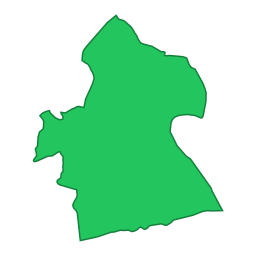 map outline of Kâmpóng Thum (Albers equal-area conic projection), rotated 90°
{"feature_id": "KHM-1788", "entity_name": "Kâmpóng Thum", "entity_type": "Province", "adm_level": 1, "iso_a3": "KHM", "parent_name": "Cambodia", "parent_adm1": "", "projection": "albers", "projection_center": [105.072, 12.831], "detail": "fine", "context": "isolated", "style": "filled", "palette": "green", "viewbox_px": 256, "rotation_deg": 90, "n_neighbors": 0, "source": "natural_earth", "source_scale": "10m", "svg_char_len": 2999}
<svg xmlns="http://www.w3.org/2000/svg" viewBox="0 0 256 256"><g transform="rotate(90 128 128)"><path d="M46.1,169.2L22.4,148.5L15.4,139.9L19.1,137.5L20.4,133.0L21.1,131.5L27.2,124.7L29.1,123.3L32.8,121.4L34.6,120.0L35.0,119.7L39.0,117.9L41.5,116.4L42.5,115.6L43.1,115.0L44.3,111.8L46.3,104.1L51.3,95.6L51.6,94.6L51.8,92.2L52.1,91.3L52.4,91.0L53.2,91.0L53.9,91.3L55.2,91.3L55.6,90.8L55.8,90.0L55.5,86.2L56.7,73.2L57.4,71.0L57.8,70.0L58.2,69.3L59.1,68.9L64.2,67.0L65.4,66.3L67.3,64.8L68.0,63.7L69.2,60.9L83.0,53.3L88.0,51.3L92.8,49.9L101.6,50.1L115.5,52.8L116.9,53.3L117.8,54.0L117.9,55.2L117.5,56.3L116.1,59.3L115.3,62.1L114.5,68.8L115.0,74.6L115.6,77.6L116.8,80.6L117.6,81.7L118.2,82.4L119.9,83.9L123.2,85.0L131.6,85.9L145.8,78.9L155.7,70.2L156.8,68.9L158.7,65.9L159.3,65.3L187.8,45.1L191.1,43.9L210.6,33.5L210.9,44.8L210.6,48.3L211.4,53.3L215.2,63.0L220.0,82.4L220.3,82.7L222.3,84.7L223.5,86.3L224.7,88.3L225.2,89.3L225.3,90.2L225.1,91.3L224.1,93.8L223.9,94.7L224.0,95.8L225.6,105.9L225.9,106.8L226.2,107.2L227.1,107.7L227.5,108.1L228.1,108.7L228.9,109.9L229.2,110.7L229.3,111.3L229.2,111.9L228.7,112.8L227.7,114.1L227.5,114.6L227.2,115.5L227.3,116.2L227.5,116.6L229.2,118.3L230.2,119.8L231.1,121.8L231.4,122.9L231.5,123.8L231.4,124.4L231.3,124.9L230.8,125.9L230.6,126.3L230.2,127.9L230.5,132.8L230.2,135.6L232.0,141.8L232.2,145.0L236.7,158.2L240.6,175.7L213.1,178.7L212.4,178.9L210.2,180.2L208.4,182.0L207.7,182.4L206.8,182.8L205.4,183.1L204.5,183.0L203.4,182.6L201.1,181.5L199.4,180.5L199.1,180.2L198.3,179.8L196.6,179.0L194.7,178.8L189.8,179.3L185.0,195.8L183.9,197.8L183.3,198.3L182.2,198.9L181.4,198.9L180.8,198.8L180.3,198.5L180.0,198.2L179.7,197.9L179.4,197.5L179.0,196.6L178.7,196.2L178.4,195.8L178.0,195.5L177.6,195.3L177.1,195.1L176.4,195.0L174.5,194.9L173.9,194.8L173.4,194.6L173.0,194.4L171.9,193.4L171.4,193.2L170.9,193.0L170.3,192.9L166.1,193.1L164.9,193.0L164.2,192.8L163.0,192.7L162.0,192.8L160.8,193.0L159.7,193.1L157.3,192.8L156.8,193.0L156.3,193.2L154.1,194.9L152.2,195.8L151.8,196.1L151.8,196.9L152.2,198.0L155.6,203.3L155.8,203.9L156.0,204.7L156.1,207.9L161.0,218.9L161.3,219.9L161.5,221.0L161.6,221.5L161.5,221.8L161.3,222.1L160.8,222.5L159.5,222.2L155.9,219.4L152.2,219.8L150.8,220.2L150.0,220.5L149.3,220.6L148.8,220.5L148.2,220.2L146.6,218.8L146.2,218.6L136.5,217.8L132.0,216.5L129.1,213.2L128.7,213.0L128.3,212.7L127.5,212.6L122.1,212.3L121.1,212.4L119.2,213.3L115.7,216.1L113.4,213.8L111.6,210.3L111.3,209.4L110.6,206.6L113.2,205.5L117.3,201.2L118.2,199.8L118.9,198.6L119.6,196.7L119.7,196.0L119.7,195.4L119.3,193.8L119.1,193.4L118.7,193.1L118.3,192.9L116.8,193.0L113.0,195.0L112.7,195.1L112.3,195.1L112.8,191.9L112.9,190.8L112.5,189.9L109.0,183.9L108.2,181.7L107.2,179.9L106.5,178.2L106.5,176.9L107.5,172.1L98.9,170.3L83.9,163.5L78.5,161.9L77.7,162.0L74.6,162.6L72.1,163.7L70.1,165.0L67.8,165.9L64.8,167.6L64.1,168.3L63.8,168.7L63.4,169.7L62.7,170.8L60.4,174.0L54.3,173.4L51.9,172.9L50.3,172.4L46.1,169.2Z" fill="#22c55e" stroke="#15803d" stroke-width="1.5"/></g></svg>